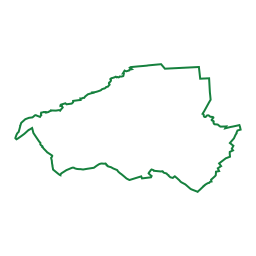 outline of Rudzātu pag., Livanu, Latvia
{"feature_id": "27541924B28170675749261", "entity_name": "Rudzātu pag.", "entity_type": "district", "adm_level": 2, "iso_a3": "LVA", "parent_name": "Latvia", "parent_adm1": "Livanu", "projection": "equal_earth", "projection_center": [26.465, 56.437], "detail": "fine", "context": "isolated", "style": "outline", "palette": "green", "viewbox_px": 256, "rotation_deg": 0, "n_neighbors": 0, "source": "geoboundaries", "source_scale": "gbopen_adm2", "svg_char_len": 5337}
<svg xmlns="http://www.w3.org/2000/svg" viewBox="0 0 256 256"><path d="M151.0,177.3L151.6,176.0L150.4,175.1L149.5,174.2L149.0,173.8L148.6,173.3L149.1,172.4L149.5,171.9L149.9,171.5L150.3,170.9L150.5,170.6L150.6,170.4L151.5,169.5L152.2,169.7L153.3,170.1L154.0,170.5L154.0,170.8L160.2,171.4L160.7,171.5L161.3,171.4L161.8,171.4L162.2,171.2L162.4,171.3L163.0,171.6L163.1,172.1L163.4,172.4L163.7,172.6L164.1,172.8L165.5,173.2L166.6,173.5L166.8,173.8L167.0,174.1L167.5,174.6L168.5,175.2L168.6,175.7L170.4,177.3L172.8,177.9L174.6,176.4L174.8,176.3L177.3,178.4L178.7,179.7L179.1,180.0L180.4,181.5L181.0,182.0L181.4,182.3L183.1,183.2L185.2,184.3L185.7,184.7L186.5,185.4L189.5,188.0L190.3,188.7L191.1,189.2L192.3,189.7L196.7,191.4L197.6,191.8L197.7,191.6L199.4,190.2L200.8,188.9L201.5,188.2L204.8,185.2L204.6,185.2L205.2,184.7L207.7,183.2L208.5,183.0L209.3,182.8L209.5,182.4L210.0,181.9L210.3,181.7L211.5,181.5L211.3,180.8L211.1,179.7L214.0,177.1L215.1,176.1L215.4,175.7L215.5,175.6L215.7,175.4L215.9,173.5L216.0,171.7L216.5,171.6L219.1,171.1L217.8,168.3L221.1,166.1L219.1,163.4L225.8,158.3L230.0,156.7L229.7,153.2L229.8,151.9L233.0,150.4L231.8,148.8L233.4,145.8L229.9,143.0L234.0,138.3L234.1,138.0L234.9,136.2L235.5,134.9L236.5,133.4L236.4,133.3L236.5,132.7L237.5,130.5L240.6,129.6L240.0,126.9L239.7,126.0L239.4,125.1L236.8,125.7L233.1,126.5L230.4,127.0L225.3,128.3L226.3,126.4L225.2,126.5L224.4,126.5L221.7,126.6L220.3,126.6L220.2,126.5L219.4,125.9L218.8,125.5L218.6,125.2L218.0,124.8L217.8,124.6L217.5,124.5L217.3,124.5L216.3,124.4L214.7,124.3L214.5,124.2L214.3,124.1L214.0,123.8L213.9,123.5L213.6,123.1L213.6,122.9L213.5,122.7L213.5,122.3L213.7,121.6L213.7,121.4L213.6,121.2L213.3,121.0L212.7,120.8L211.9,120.4L211.7,120.2L211.7,119.7L211.8,119.6L212.3,119.1L212.6,118.6L213.0,118.1L213.4,117.7L213.3,117.3L213.2,117.2L211.8,116.8L211.1,116.9L210.9,116.9L210.7,116.8L209.7,116.4L209.5,116.1L209.1,115.7L208.6,115.4L208.2,115.3L207.4,115.4L206.8,115.6L206.5,115.9L206.0,116.6L205.8,116.8L205.4,117.0L205.1,117.0L204.8,117.0L204.4,116.8L204.2,116.7L203.8,116.0L203.7,115.4L203.7,114.7L203.3,114.2L202.9,113.9L202.6,113.8L202.9,113.3L203.0,113.1L204.2,111.2L208.1,104.1L208.3,103.8L209.0,102.4L209.6,101.5L210.0,100.7L210.6,99.8L210.6,99.5L210.2,95.3L209.9,92.6L209.8,91.1L209.1,78.3L200.2,78.7L198.9,67.0L164.9,68.7L163.9,67.5L161.1,64.2L156.6,64.6L148.1,65.4L147.2,65.6L143.0,66.0L140.6,66.2L139.1,66.3L130.7,67.1L129.9,67.6L131.9,69.2L131.5,69.3L129.5,69.6L129.3,70.4L126.3,71.3L125.6,71.1L124.6,70.6L123.2,72.9L123.5,72.8L123.9,73.3L123.4,75.6L123.3,76.0L123.2,76.1L121.8,76.5L120.8,76.6L119.7,76.5L119.1,77.2L118.3,77.4L117.5,77.0L116.5,77.3L115.8,76.7L114.1,77.5L113.5,77.6L112.8,77.9L111.4,78.2L111.1,78.4L110.5,78.9L110.3,79.1L110.4,79.4L110.9,79.8L111.0,80.0L110.8,80.8L110.7,81.2L110.0,82.0L109.1,82.6L109.0,82.8L108.9,83.3L109.0,83.6L109.1,83.9L109.4,84.2L109.5,84.4L109.6,84.7L109.3,85.0L109.0,85.3L108.3,86.1L108.1,86.5L107.6,86.7L106.1,87.1L105.8,87.5L105.5,87.9L105.0,88.2L104.5,88.5L104.0,88.5L103.4,88.7L103.0,88.9L102.1,89.2L101.6,89.5L101.1,90.1L100.3,90.5L98.3,91.2L97.4,91.5L95.6,92.0L94.6,92.2L94.1,92.3L93.4,92.3L92.6,92.4L93.0,92.9L91.5,93.2L87.9,94.3L85.4,96.3L85.1,96.5L84.9,96.9L84.6,97.3L84.2,97.9L83.0,97.9L82.2,98.4L81.6,98.4L81.3,98.6L80.4,98.5L80.6,100.0L78.4,100.2L73.1,100.9L73.1,102.3L71.7,103.6L66.5,104.3L65.4,103.3L61.4,104.5L60.8,104.7L60.6,105.0L60.4,105.5L60.4,106.0L60.9,105.9L62.0,106.2L62.0,106.3L62.3,106.7L62.7,107.5L62.1,108.2L61.7,108.6L60.1,110.7L59.3,110.1L59.2,110.1L56.0,110.6L55.4,110.6L52.6,110.5L51.3,110.4L51.4,110.7L49.4,111.3L49.0,111.7L48.5,112.0L46.1,112.6L45.9,112.0L45.3,112.0L45.2,112.3L43.8,112.0L43.7,112.0L43.0,112.3L42.1,112.5L41.2,112.6L40.9,113.8L40.9,114.1L41.0,114.4L41.3,115.1L41.2,115.2L40.7,115.8L40.0,116.9L36.7,115.6L35.9,115.2L35.2,115.2L34.1,116.0L33.6,116.5L32.4,117.4L29.0,117.8L25.3,119.2L21.5,122.6L21.2,122.9L20.4,125.4L20.2,125.6L20.3,125.8L19.7,128.2L18.7,131.8L18.6,132.0L17.7,132.8L17.1,133.6L16.5,134.8L15.4,137.9L15.4,138.3L16.5,139.3L17.7,138.6L21.0,136.3L23.6,134.4L24.5,133.7L28.7,129.9L29.0,129.9L32.1,128.0L32.2,128.3L33.3,132.6L33.4,133.0L35.8,136.6L39.2,141.6L39.6,142.0L40.4,142.9L40.4,143.1L40.3,144.2L40.3,144.3L40.4,144.5L41.0,145.2L41.8,145.8L42.0,145.9L42.3,146.1L42.4,146.3L42.5,146.7L42.3,147.0L42.9,147.3L43.3,148.2L43.4,148.3L46.4,151.4L47.4,152.5L47.7,152.6L51.6,155.2L52.2,155.6L52.2,156.1L52.0,156.6L51.5,157.5L51.3,157.7L51.1,157.9L51.8,160.6L52.0,163.2L52.3,164.7L52.5,165.6L52.4,165.8L52.8,167.9L53.1,169.6L58.0,173.6L59.7,174.9L60.4,175.2L60.4,174.9L60.6,174.5L60.8,174.1L61.2,173.5L62.5,172.6L63.2,172.2L66.0,170.4L66.6,170.0L67.0,169.9L71.5,168.0L72.4,167.7L73.8,167.7L74.2,168.0L75.0,168.4L76.3,168.8L77.5,169.0L78.8,169.1L80.3,169.1L81.6,169.3L82.3,169.4L83.1,169.5L87.2,168.8L93.7,167.8L94.0,167.7L96.3,166.0L97.5,165.2L98.9,164.3L99.8,163.9L101.4,163.5L102.1,163.5L103.2,163.7L103.8,163.7L104.9,163.7L105.2,163.6L105.5,163.5L105.8,163.7L106.1,164.1L106.2,164.4L106.4,164.5L106.5,164.6L106.4,164.8L106.4,165.0L106.6,165.3L107.1,165.4L107.4,165.5L107.7,165.9L107.7,166.2L108.1,166.4L111.0,167.2L113.3,168.5L117.2,170.1L117.8,171.1L118.5,171.9L120.5,173.6L121.2,174.0L124.2,176.5L126.5,178.5L129.4,180.0L129.5,180.0L136.6,177.8L137.9,177.4L141.2,176.4L142.0,178.4L151.0,177.3Z" fill="none" stroke="#15803d" stroke-width="2"/></svg>